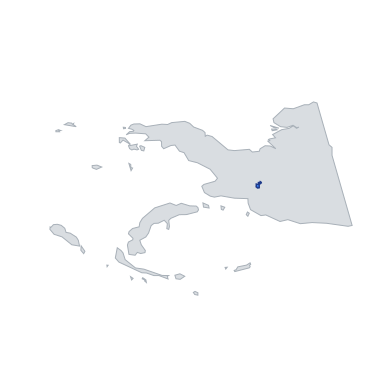 location of Kundiawa/Gembogl District, Chimbu, Papua New Guinea, rotated 164°
{"feature_id": "67681753B57459737703573", "entity_name": "Kundiawa/Gembogl District", "entity_type": "district", "adm_level": 2, "iso_a3": "PNG", "parent_name": "Papua New Guinea", "parent_adm1": "Chimbu", "projection": "mercator", "projection_center": [145.0, -5.921], "detail": "fine", "context": "in_parent", "style": "filled", "palette": "blue", "viewbox_px": 384, "rotation_deg": 164, "n_neighbors": 0, "source": "geoboundaries", "source_scale": "gbopen_adm2", "svg_char_len": 4761}
<svg xmlns="http://www.w3.org/2000/svg" viewBox="0 0 384 384"><g transform="rotate(164 192 192)"><path d="M47.3,243.1L47.3,199.6L45.1,196.3L47.3,188.6L47.3,115.7L51.4,116.0L71.4,124.9L84.9,129.5L96.6,131.7L107.5,139.0L115.5,139.4L127.4,149.6L132.2,150.3L140.6,158.9L141.1,165.8L140.1,170.2L153.0,174.4L165.2,180.3L171.9,180.9L175.6,183.0L180.2,188.0L181.0,194.8L178.4,196.0L166.9,196.0L163.7,198.2L168.3,208.9L178.7,218.6L186.5,223.1L188.8,232.0L192.8,234.7L195.4,241.8L199.4,242.5L207.3,241.4L208.6,244.3L207.4,248.8L208.6,250.6L223.2,254.3L218.3,256.6L220.5,260.7L230.0,264.2L235.9,265.6L239.5,265.1L235.3,267.2L231.6,266.5L230.9,267.2L232.5,268.9L235.5,270.7L232.3,273.1L229.2,273.4L223.3,271.9L218.2,267.5L202.3,265.5L196.8,263.6L192.4,264.3L179.5,261.9L175.3,258.7L172.5,254.0L164.9,248.4L163.1,245.6L163.9,241.9L161.8,242.5L157.4,239.8L145.8,222.6L139.8,220.1L125.1,217.2L123.0,213.8L116.1,212.6L114.6,214.8L109.0,216.3L104.2,214.7L99.5,210.5L105.1,220.0L103.1,219.9L104.0,221.4L102.9,221.6L96.8,221.1L98.7,225.0L88.6,227.2L81.1,226.4L77.5,227.4L76.0,227.3L74.0,224.4L71.3,224.9L73.6,225.0L76.5,228.3L82.8,227.9L88.9,230.4L94.1,236.1L93.9,240.0L79.9,247.2L71.7,244.1L59.9,244.9L55.7,243.7L50.4,245.1L47.3,243.1ZM258.3,147.0L261.2,149.0L264.1,146.9L269.8,149.4L268.7,158.8L266.9,161.4L262.1,162.4L261.5,163.8L264.6,169.3L263.4,171.3L259.2,173.3L252.4,173.1L250.6,176.9L246.9,180.3L232.2,187.0L216.2,187.5L210.9,183.4L205.4,184.1L198.0,179.3L191.8,177.3L190.6,175.4L190.7,173.0L192.4,171.5L203.5,171.8L210.5,173.7L219.7,172.5L222.2,171.1L223.2,165.0L224.7,162.5L226.3,163.7L224.4,168.4L226.5,172.5L233.0,171.3L237.2,172.3L240.5,171.0L245.1,164.5L248.8,161.5L255.5,160.0L255.3,155.2L253.0,148.6L253.9,146.7L258.3,147.0ZM338.9,195.3L338.0,197.5L337.6,196.8L334.2,198.8L330.4,198.1L326.9,196.0L324.3,192.2L324.2,187.9L320.4,186.0L315.6,180.5L314.6,176.9L315.0,171.0L322.1,174.4L329.3,184.7L336.2,189.3L338.9,195.3ZM283.9,149.7L279.2,159.0L276.3,155.2L275.1,152.5L274.9,145.4L267.3,134.6L259.5,131.1L243.7,120.0L237.5,118.2L239.0,117.7L239.0,115.0L246.8,120.8L251.7,122.2L258.1,126.7L262.5,128.2L281.6,144.8L283.9,149.7ZM157.9,103.3L172.8,103.7L173.1,105.0L171.1,105.1L168.6,107.4L159.7,106.7L155.7,107.9L155.5,106.3L156.9,105.8L156.7,104.1L157.9,103.3ZM233.2,247.6L236.0,249.2L238.3,249.0L240.0,250.9L240.3,253.9L239.4,254.6L238.7,253.7L231.4,253.1L232.8,251.3L231.5,247.8L233.2,247.6ZM231.4,116.7L226.2,116.7L222.2,113.0L227.4,111.3L231.3,113.0L231.4,116.7ZM244.0,260.9L247.4,258.9L248.2,259.6L246.9,264.3L241.6,262.3L238.0,254.7L244.0,260.9ZM271.9,240.9L277.6,240.1L280.4,242.1L281.2,242.9L280.7,244.9L275.9,244.0L271.9,240.9ZM285.3,286.7L296.1,291.9L292.1,292.8L288.7,291.4L288.3,290.1L286.9,290.5L287.6,289.6L285.3,286.7ZM184.5,178.5L179.8,174.6L180.0,171.9L185.1,174.3L184.5,178.5ZM229.7,250.5L228.3,250.6L225.1,247.9L227.0,244.8L229.2,246.0L229.7,250.5ZM313.4,170.8L311.3,164.5L313.1,162.6L314.9,166.6L313.4,170.8ZM168.0,170.7L164.7,168.3L167.1,166.0L168.6,167.2L168.0,170.7ZM218.4,95.1L216.5,95.6L214.1,93.5L214.8,91.2L217.6,92.7L218.4,95.1ZM146.1,155.3L144.2,157.5L142.8,155.8L145.0,153.3L146.1,155.3ZM244.7,229.3L244.8,236.9L243.3,235.4L244.0,232.3L242.5,231.4L244.7,229.3ZM95.4,231.3L98.6,234.4L90.8,229.4L95.4,231.3ZM98.1,230.5L93.9,229.3L93.0,228.3L98.0,228.8L98.1,230.5ZM306.2,287.4L306.0,288.5L303.1,288.7L301.2,287.2L303.1,287.5L302.8,286.4L306.2,287.4ZM274.3,124.1L274.4,127.6L272.4,125.2L274.3,124.1ZM263.8,122.3L263.0,123.2L261.0,120.8L261.4,120.3L263.8,122.3ZM240.4,271.7L240.2,273.2L238.2,272.4L238.5,271.4L240.4,271.7ZM262.1,119.6L260.6,120.0L260.8,117.6L262.1,119.6ZM180.8,108.6L181.0,110.4L178.9,110.0L180.8,108.6ZM294.2,143.6L294.0,145.2L292.8,144.7L294.2,143.6Z" fill="#d9dde1" stroke="#a8b0b8" stroke-width="1"/><path d="M128.0,181.9L128.3,181.0L128.3,180.9L128.9,179.3L128.8,179.2L128.7,179.1L128.6,178.9L128.4,178.8L128.4,178.7L128.3,178.4L128.2,178.4L128.1,178.2L127.9,178.1L127.8,177.9L127.7,177.9L127.7,178.0L127.6,177.9L127.4,177.8L127.4,177.7L127.2,177.7L126.9,177.7L126.7,177.6L126.4,177.5L126.2,177.6L125.9,178.7L125.6,179.8L125.4,180.6L125.3,180.8L125.2,180.8L125.0,181.0L124.9,181.0L124.7,181.1L124.4,181.1L124.2,181.1L123.9,181.3L123.7,181.3L123.5,181.5L123.4,181.6L123.2,181.6L122.9,181.7L122.9,181.8L122.8,182.0L122.9,182.3L123.0,182.3L123.3,182.5L123.5,182.5L123.4,182.6L123.5,182.7L123.5,182.8L123.4,182.9L123.4,183.0L123.5,183.1L123.6,182.9L123.8,182.8L123.9,182.5L124.0,182.5L124.0,182.4L124.0,182.5L124.3,182.5L124.5,182.5L124.8,182.7L125.2,182.6L125.0,182.4L125.2,182.5L125.2,182.4L125.3,182.4L125.2,182.4L125.3,182.3L125.3,182.2L125.4,181.9L125.5,181.9L125.5,181.7L125.6,181.4L126.2,181.3L126.3,181.3L126.3,181.2L126.5,181.2L127.5,181.6L128.0,181.9Z" fill="#3b82f6" stroke="#1e3a8a" stroke-width="1.5"/></g></svg>